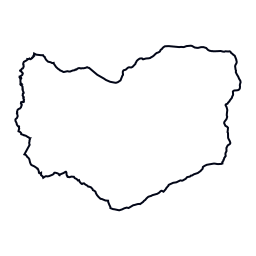 Sinaia, Prahova, Romania (Natural Earth projection)
{"feature_id": "2599482B70025461021412", "entity_name": "Sinaia", "entity_type": "district", "adm_level": 2, "iso_a3": "ROU", "parent_name": "Romania", "parent_adm1": "Prahova", "projection": "natural_earth1", "projection_center": [25.544, 45.343], "detail": "fine", "context": "isolated", "style": "outline", "palette": "ink", "viewbox_px": 256, "rotation_deg": 0, "n_neighbors": 0, "source": "geoboundaries", "source_scale": "gbopen_adm2", "svg_char_len": 5596}
<svg xmlns="http://www.w3.org/2000/svg" viewBox="0 0 256 256"><path d="M222.4,163.5L222.2,162.6L222.6,162.1L222.5,161.8L223.5,160.5L223.5,159.8L224.0,159.1L224.3,157.8L224.9,157.2L225.1,156.6L225.7,156.0L225.4,154.0L225.6,152.9L226.5,151.1L226.4,148.0L227.6,145.6L228.0,145.2L229.5,144.3L230.1,143.7L230.3,143.1L230.3,142.8L229.8,141.2L228.3,138.4L228.1,137.7L228.0,133.0L227.5,132.1L227.7,131.1L228.0,127.8L227.2,126.8L225.4,125.8L224.2,123.3L224.2,122.6L224.5,121.7L226.5,119.1L227.2,116.8L226.8,115.6L226.8,114.2L227.3,110.0L226.8,107.9L226.4,106.7L225.6,105.4L225.6,104.8L225.8,104.4L227.5,103.7L228.1,102.6L229.4,101.4L229.7,100.6L231.9,97.8L232.2,96.5L232.9,95.3L233.1,94.7L232.9,91.5L233.1,91.2L234.2,90.5L237.0,90.3L238.1,90.1L239.1,89.5L239.5,89.0L239.9,88.1L240.0,86.2L239.8,85.2L240.1,83.9L240.6,82.2L240.3,80.7L239.1,78.8L238.2,76.6L236.9,74.5L235.8,72.2L236.0,70.6L235.6,69.7L235.1,66.2L235.4,65.1L236.5,63.1L236.7,62.1L236.6,61.1L236.3,60.3L236.3,59.7L235.6,57.9L234.7,55.7L233.1,54.6L232.5,53.9L231.2,53.0L230.6,52.0L229.9,51.4L229.6,51.3L228.4,51.5L225.4,51.3L224.3,51.7L223.0,51.6L220.7,51.0L217.0,51.2L213.6,51.3L212.4,51.1L212.0,51.2L209.5,50.7L208.0,49.9L206.2,48.0L203.4,47.1L201.2,47.1L198.0,47.9L197.3,47.9L194.7,47.5L192.1,46.0L190.9,45.7L186.5,46.1L184.1,47.0L183.4,47.1L181.1,46.9L179.2,47.1L177.1,46.9L168.6,46.1L164.9,46.3L163.6,47.1L162.7,47.9L161.9,49.0L160.7,49.8L160.0,51.2L159.5,51.8L157.7,52.7L156.8,52.9L156.5,53.1L155.5,53.9L153.8,55.6L152.5,56.6L151.2,57.2L150.4,57.9L148.8,58.3L146.0,58.5L143.1,59.3L142.7,59.2L142.4,58.6L141.7,58.4L140.1,58.5L139.5,58.7L137.8,59.9L136.8,60.9L136.5,61.4L136.1,62.3L135.7,62.8L135.4,63.9L132.5,66.9L131.1,67.5L129.3,67.3L128.6,67.4L127.8,67.8L125.7,69.7L123.6,70.3L123.2,70.8L122.8,71.8L122.8,73.2L123.0,74.0L123.0,74.8L122.8,75.2L122.5,75.4L120.5,80.4L117.8,82.2L115.9,82.8L114.4,82.6L110.2,81.8L106.0,80.0L103.8,78.5L97.3,74.8L89.1,67.9L88.6,67.9L87.1,67.2L85.7,67.8L83.5,68.3L82.0,68.2L81.0,68.5L79.8,68.1L78.4,68.2L77.2,68.8L76.7,69.4L76.3,69.6L76.0,69.7L75.4,69.5L74.7,70.2L72.7,70.5L70.2,71.5L68.8,71.5L67.4,71.2L64.4,71.9L63.6,72.0L63.1,71.8L62.3,71.4L62.1,71.2L60.1,70.4L59.6,70.0L59.5,69.7L58.1,68.9L56.0,66.9L53.9,63.8L53.6,63.2L53.6,62.9L52.5,63.1L51.5,62.8L50.8,62.3L48.1,61.7L46.7,60.4L45.9,59.5L44.8,57.4L44.7,56.9L44.1,56.6L43.6,56.2L43.1,55.2L41.0,55.2L36.6,54.7L36.0,54.5L34.1,53.5L33.9,55.2L33.4,55.6L33.4,55.8L34.0,56.1L33.1,57.1L32.4,57.3L32.2,57.5L32.4,57.8L32.3,58.0L30.6,59.2L30.2,59.2L29.5,58.5L28.4,59.1L27.4,59.0L27.5,59.6L26.3,60.5L23.9,61.8L23.3,63.2L23.2,63.8L23.2,64.4L23.6,64.9L23.5,65.7L23.7,66.3L23.3,67.6L22.8,68.4L22.1,68.6L21.7,69.0L21.0,70.0L20.1,70.5L20.2,70.9L21.5,71.5L21.7,72.3L22.5,72.8L22.8,73.5L22.6,74.1L22.2,75.0L20.9,75.9L20.6,76.4L19.6,76.5L19.5,77.3L19.7,77.6L20.0,77.4L20.7,77.4L21.1,77.7L21.3,78.3L21.1,78.7L20.3,78.9L20.5,79.9L20.4,81.1L20.6,82.3L20.4,83.2L20.7,83.6L21.4,83.7L21.7,84.0L20.8,84.3L20.5,84.6L20.9,85.1L21.8,85.6L22.5,86.6L22.4,87.2L22.7,88.0L22.4,88.9L22.8,89.3L22.6,89.8L22.7,90.3L23.4,91.9L23.7,92.9L22.9,93.5L22.8,94.4L22.9,94.7L22.6,95.3L22.9,96.0L23.8,97.2L23.7,97.6L23.3,97.5L23.2,98.0L24.0,99.5L23.7,100.0L23.9,100.6L23.9,101.7L23.7,102.0L23.2,102.1L22.3,101.8L21.9,102.1L21.2,102.1L21.1,102.4L21.3,102.6L21.0,103.0L20.9,103.6L21.5,104.0L21.8,104.9L21.5,105.2L21.3,106.4L21.1,106.7L21.0,107.3L19.8,108.6L18.8,108.9L17.7,109.7L17.0,111.8L17.0,112.3L17.3,112.9L16.9,113.4L17.5,115.1L17.7,116.1L17.0,117.9L15.5,119.3L15.4,119.8L15.5,121.0L16.3,122.5L16.7,123.6L16.8,124.5L17.1,125.0L17.9,126.1L18.2,126.3L18.9,126.3L19.1,126.8L18.9,127.5L19.2,128.7L18.7,130.1L18.5,131.3L19.8,131.8L20.6,132.5L21.1,133.1L21.2,134.2L23.1,134.8L23.5,135.1L24.2,135.2L24.3,135.4L25.5,135.6L26.6,136.2L27.7,137.0L28.6,137.3L29.4,138.1L30.0,138.2L29.6,138.6L29.9,139.5L29.5,140.5L29.5,141.6L29.2,142.4L29.3,144.0L29.6,144.5L29.6,144.9L24.4,154.4L25.8,154.9L26.7,156.0L27.3,157.0L28.3,157.7L29.3,159.2L30.1,162.6L31.0,164.6L31.8,165.2L34.4,166.4L37.0,168.2L37.3,168.4L37.4,168.8L37.8,168.8L38.5,170.4L38.6,171.0L38.9,171.5L38.9,172.7L39.3,173.2L40.0,173.4L41.1,172.8L41.1,175.2L42.7,176.4L43.2,177.8L44.8,176.7L45.6,176.3L46.2,176.2L47.5,176.4L49.1,176.1L52.3,174.8L53.5,174.1L54.3,172.8L54.6,172.7L55.7,172.8L57.4,173.3L58.9,174.1L59.5,174.9L59.4,175.1L59.6,175.2L59.9,174.6L60.4,174.3L63.6,173.0L65.5,171.8L66.0,171.8L66.4,172.5L66.6,174.9L66.9,175.5L67.3,175.8L67.3,176.5L67.6,176.9L69.5,177.2L71.3,176.6L73.9,176.8L74.7,178.1L76.6,179.0L78.0,180.5L79.0,180.1L79.7,181.8L80.8,183.1L81.7,183.9L82.1,184.0L82.6,183.5L83.4,183.5L83.9,183.3L85.3,184.5L87.4,185.7L88.2,186.6L89.3,186.7L90.9,187.3L92.5,189.0L92.9,190.1L94.4,190.8L95.3,191.6L95.6,192.0L95.8,192.9L96.3,193.9L97.0,195.1L98.5,196.9L100.5,198.8L101.8,199.0L105.4,200.5L108.1,200.7L108.2,202.0L109.4,205.0L110.3,206.8L110.4,208.1L113.0,209.1L114.5,209.3L119.2,210.3L122.1,209.4L124.3,208.3L126.7,207.6L128.6,208.0L133.3,205.2L134.5,205.0L137.5,204.1L139.3,203.9L140.1,204.1L143.1,201.9L144.0,200.8L145.3,199.9L146.3,198.6L147.9,197.1L148.5,196.7L151.4,195.8L152.3,195.2L157.3,193.8L159.1,192.7L160.4,191.4L161.3,190.8L161.8,190.8L163.5,191.7L165.7,189.2L166.4,187.9L167.0,187.4L167.5,186.6L168.3,185.9L168.6,185.0L168.8,184.8L173.2,182.8L176.4,182.3L180.1,180.5L180.7,180.4L181.9,180.7L182.7,180.5L185.7,178.8L186.9,177.4L187.2,177.1L189.8,176.6L190.3,176.3L190.7,175.7L192.0,175.5L193.9,174.3L197.8,173.0L200.7,170.9L201.5,169.9L202.4,169.1L202.7,168.4L202.9,167.0L204.5,165.9L206.8,164.8L213.6,163.6L214.8,163.6L217.0,164.0L218.1,164.1L221.3,163.9L222.4,163.5Z" fill="none" stroke="#020617" stroke-width="2"/></svg>